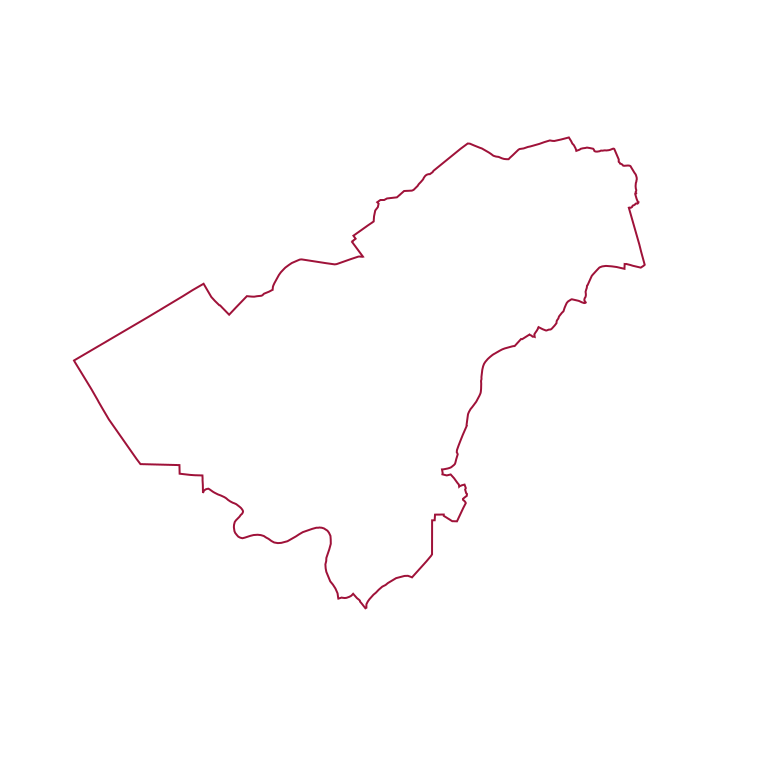 Mediesu Aurit, Satu Mare, Romania, rotated 346°
{"feature_id": "2599482B60738001059881", "entity_name": "Mediesu Aurit", "entity_type": "district", "adm_level": 2, "iso_a3": "ROU", "parent_name": "Romania", "parent_adm1": "Satu Mare", "projection": "albers", "projection_center": [23.173, 47.794], "detail": "fine", "context": "isolated", "style": "outline", "palette": "rose", "viewbox_px": 768, "rotation_deg": 346, "n_neighbors": 0, "source": "geoboundaries", "source_scale": "gbopen_adm2", "svg_char_len": 6162}
<svg xmlns="http://www.w3.org/2000/svg" viewBox="0 0 768 768"><g transform="rotate(346 384 384)"><path d="M364.4,578.4L382.2,566.4L388.0,562.2L389.4,560.9L397.7,527.9L400.2,528.5L401.9,523.1L410.4,525.1L410.1,526.4L417.0,533.6L421.6,534.9L430.8,523.6L434.5,519.4L434.5,518.7L434.4,518.5L433.9,517.3L433.4,516.5L432.8,515.8L432.7,515.4L432.7,514.9L432.8,514.6L434.3,513.8L436.6,512.8L437.2,512.6L437.9,510.8L437.8,510.5L437.3,509.7L437.2,506.0L438.2,504.8L437.8,501.1L435.2,501.1L432.6,501.5L432.1,501.8L432.3,499.7L431.3,497.7L429.2,492.4L426.8,487.9L423.1,487.9L422.6,487.8L418.8,485.8L419.4,484.5L419.6,480.9L421.1,481.2L425.4,481.4L427.5,481.3L429.1,481.0L432.5,479.4L433.6,478.6L434.5,477.1L435.8,474.6L438.5,470.1L438.5,469.7L438.4,468.9L438.1,468.0L438.1,467.8L438.8,465.8L441.3,462.0L444.4,457.6L448.0,452.6L454.3,444.4L454.1,444.0L455.9,439.4L458.1,433.9L458.5,433.2L459.7,431.6L462.0,429.2L463.8,427.9L469.2,423.5L473.8,418.4L475.4,416.3L476.0,415.1L477.0,412.3L478.4,407.2L478.9,404.5L479.8,402.8L480.2,400.9L482.8,394.0L484.4,390.9L485.0,390.0L486.0,388.6L487.7,387.0L490.8,384.8L493.4,383.4L496.2,382.1L497.3,381.7L504.3,379.7L507.2,379.0L509.8,378.7L517.6,378.5L519.1,378.6L519.9,378.8L527.9,373.5L528.5,373.8L529.0,373.9L537.2,371.2L537.5,371.8L538.8,372.7L539.6,374.0L540.0,374.2L540.9,374.2L541.6,374.7L541.9,372.2L543.2,370.9L545.5,368.9L545.9,368.4L546.6,367.8L546.8,367.2L547.7,366.2L551.3,369.3L554.0,371.2L554.7,371.4L557.1,371.1L558.6,371.4L559.3,371.3L560.2,370.9L563.8,368.5L565.8,366.9L566.0,366.8L566.7,364.9L567.1,364.3L567.6,363.8L568.7,362.9L569.1,362.5L569.8,361.3L570.4,360.6L573.9,357.9L575.7,356.9L577.7,353.7L579.9,350.8L581.0,349.5L582.6,348.4L586.3,347.2L587.1,347.4L592.8,350.3L593.7,350.9L595.6,352.5L597.8,353.9L598.8,354.0L599.3,353.9L599.5,353.7L599.4,353.4L598.7,351.7L598.7,351.1L598.9,350.4L599.5,349.3L600.5,348.4L601.2,347.1L601.6,345.7L601.9,343.3L602.9,341.5L604.0,339.8L604.8,337.7L605.0,337.5L605.4,337.4L611.7,329.4L612.9,328.5L617.1,325.7L621.0,323.2L621.6,323.0L624.1,322.7L627.9,323.1L633.6,325.0L638.1,326.8L645.2,330.4L646.5,325.9L646.8,326.1L647.2,326.0L648.0,326.1L651.8,328.1L653.9,329.4L661.3,333.2L664.5,332.1L665.8,331.4L665.5,318.1L665.5,310.6L664.2,272.2L664.9,272.2L666.0,272.7L667.1,272.4L667.4,272.3L668.1,271.5L668.5,271.1L669.4,271.0L669.6,271.0L670.7,270.7L671.3,270.3L671.8,269.9L672.8,269.9L673.4,270.3L673.9,270.2L674.7,269.6L674.9,269.1L674.4,268.8L673.9,265.5L673.7,260.5L673.8,260.2L674.6,260.2L674.9,259.9L674.5,259.2L674.5,258.9L674.6,258.6L675.4,257.7L675.6,257.1L675.7,256.5L675.6,255.3L676.0,252.8L677.0,249.9L677.8,248.7L678.2,247.6L678.8,246.5L679.1,244.9L679.0,242.1L678.8,241.5L678.7,241.0L678.1,239.6L677.1,236.3L676.5,234.4L675.9,232.3L675.4,231.8L674.7,231.4L673.5,231.0L669.9,230.4L668.9,230.0L668.4,229.0L667.8,228.2L667.1,227.7L666.4,227.3L666.2,226.2L665.7,225.6L665.5,225.1L666.1,222.9L664.3,211.7L663.8,211.2L663.0,211.1L660.0,211.5L658.7,211.5L656.3,211.2L654.8,210.7L652.1,210.4L651.1,210.0L649.5,210.3L647.1,210.1L645.9,209.8L644.6,209.0L644.3,207.3L644.1,206.8L643.8,206.3L640.7,204.8L638.1,203.7L636.4,203.7L634.0,203.4L631.7,203.4L631.2,203.7L630.1,204.0L627.0,204.3L627.0,203.0L626.8,201.3L626.4,199.8L626.1,198.5L625.7,197.6L625.0,196.5L624.7,195.4L624.4,193.8L623.0,189.5L615.0,189.6L608.0,189.4L606.1,188.8L603.9,187.8L597.9,188.1L592.9,188.6L583.4,188.9L581.0,188.8L576.5,189.2L574.4,189.0L572.4,188.8L571.1,189.2L564.0,193.3L561.0,194.9L559.3,196.0L557.3,195.5L555.0,194.7L553.1,193.6L550.2,191.4L547.7,190.4L546.0,189.4L545.2,188.8L543.6,186.8L541.8,184.8L535.9,179.1L534.2,178.0L529.2,174.4L525.5,171.6L523.4,170.9L515.2,174.3L483.6,189.1L482.4,190.2L479.2,191.5L478.3,191.2L477.1,191.2L476.1,191.3L475.0,191.7L474.0,192.3L472.5,193.6L471.7,194.6L470.9,195.3L468.3,197.1L466.5,198.2L465.6,198.9L464.6,199.9L459.7,202.8L458.6,203.0L457.8,203.1L450.2,201.6L441.7,206.0L431.8,204.7L428.7,205.5L425.0,204.6L421.4,206.0L422.4,207.7L420.8,210.9L417.5,213.5L414.9,218.9L413.3,223.8L406.3,226.4L390.2,232.7L391.6,236.2L387.9,237.8L388.0,238.2L387.4,238.5L394.4,255.4L394.1,255.4L390.7,254.3L389.8,254.2L381.9,254.8L367.1,256.2L365.1,256.0L356.9,252.7L334.3,243.2L332.6,242.9L331.7,243.0L329.2,243.4L323.8,244.3L320.5,245.5L316.4,247.2L314.9,248.1L311.0,250.6L308.5,252.7L302.1,259.6L300.5,261.6L300.0,262.4L299.7,262.9L298.7,265.7L298.4,265.7L294.8,266.6L289.8,267.3L289.3,267.4L287.5,268.5L286.2,268.7L282.1,268.1L279.4,267.9L277.1,267.3L272.2,265.6L258.6,274.1L250.5,279.3L245.7,271.1L244.0,268.1L243.7,267.9L243.3,267.8L240.1,262.6L237.5,257.8L233.2,243.1L221.0,246.6L210.2,250.1L171.2,262.0L88.9,286.2L89.3,287.8L97.1,312.6L98.9,318.4L102.5,331.1L102.7,332.1L105.0,340.1L108.5,351.9L125.7,396.7L128.3,402.8L165.9,413.2L164.0,421.6L173.9,425.3L178.2,426.7L185.7,428.8L185.1,431.9L184.7,433.3L183.8,438.1L183.1,441.1L182.0,445.9L183.6,443.8L185.5,443.1L187.0,443.0L188.3,443.1L189.5,444.3L191.9,447.1L193.2,448.4L196.2,451.0L198.7,452.7L201.8,455.2L203.3,456.8L204.6,458.7L206.4,460.7L208.5,462.6L210.0,463.6L211.6,464.9L214.2,468.2L215.2,469.6L215.8,470.9L216.4,472.6L216.3,473.9L215.5,475.0L214.7,475.7L213.3,476.4L211.7,477.8L207.3,480.5L205.8,481.8L204.4,484.4L203.7,486.6L203.5,488.5L203.3,490.7L203.6,492.5L204.7,495.0L205.7,496.9L207.3,498.3L209.3,499.4L211.9,499.4L217.5,499.0L220.9,499.0L224.9,499.7L227.9,500.8L230.6,502.4L232.5,504.5L234.5,506.3L236.8,509.1L239.1,511.2L242.5,512.7L245.9,513.3L252.3,513.2L261.6,510.6L265.3,509.3L269.4,508.1L279.3,507.2L283.5,507.1L285.6,507.6L286.5,507.6L288.8,508.4L290.8,509.6L293.6,512.6L294.6,514.9L295.3,518.4L294.7,521.9L293.7,526.2L290.9,531.2L286.0,538.8L285.1,541.8L283.5,544.8L282.8,548.7L282.6,552.3L284.1,562.5L285.9,566.3L287.4,570.7L288.3,575.9L287.8,580.4L287.8,581.2L291.3,581.0L291.8,581.3L294.2,582.2L295.9,582.4L298.9,582.1L300.5,581.7L301.3,581.4L303.3,580.1L306.0,585.3L307.4,587.1L308.0,588.0L308.2,588.5L308.1,589.3L309.3,591.7L311.7,597.1L312.8,596.8L313.2,595.1L313.7,593.4L315.7,591.1L317.8,589.3L322.8,585.9L325.7,584.5L329.0,582.4L333.3,580.2L336.9,579.4L339.6,578.1L348.8,575.3L357.5,575.2L360.8,575.9L363.8,577.9L364.4,578.4Z" fill="none" stroke="#9f1239" stroke-width="2"/></g></svg>